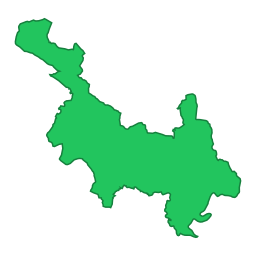 Pho Yen, Thái Nguyên, Vietnam
{"feature_id": "81297802B3855346019179", "entity_name": "Pho Yen", "entity_type": "district", "adm_level": 2, "iso_a3": "VNM", "parent_name": "Vietnam", "parent_adm1": "Thái Nguyên", "projection": "mercator", "projection_center": [105.815, 21.451], "detail": "fine", "context": "isolated", "style": "filled", "palette": "green", "viewbox_px": 256, "rotation_deg": 0, "n_neighbors": 0, "source": "geoboundaries", "source_scale": "gbopen_adm2", "svg_char_len": 5821}
<svg xmlns="http://www.w3.org/2000/svg" viewBox="0 0 256 256"><path d="M60.7,160.6L65.8,164.4L67.2,164.6L68.2,164.3L70.3,163.4L74.2,159.8L77.9,158.6L79.9,158.4L82.5,158.8L83.0,159.8L87.2,163.1L87.8,164.9L91.2,169.0L92.5,171.2L93.3,171.9L94.2,174.3L94.1,175.7L95.0,178.5L95.6,181.7L95.4,182.2L93.4,183.7L92.5,185.6L92.4,187.0L91.9,188.5L90.8,190.1L90.5,191.2L93.4,192.7L98.0,194.4L99.0,197.8L101.3,197.9L101.3,198.9L102.9,200.5L102.9,201.2L102.3,202.4L103.1,204.6L103.2,206.3L105.6,207.1L109.5,207.1L110.7,207.6L112.2,204.1L112.6,199.2L113.1,198.4L112.8,197.6L113.6,197.0L114.1,196.2L115.1,195.7L113.6,194.7L113.2,194.3L113.4,194.0L114.8,192.9L115.4,191.6L116.5,191.2L117.2,190.5L118.7,190.4L119.3,188.9L120.4,188.9L120.7,188.1L120.5,187.7L122.1,188.5L122.7,187.7L122.6,187.2L123.0,186.5L124.1,185.2L124.9,185.8L126.1,185.9L126.1,186.6L127.1,187.5L129.1,187.3L131.4,188.2L132.6,188.3L133.4,188.9L134.0,188.8L134.2,187.3L135.1,187.0L135.9,187.2L138.2,189.3L140.2,190.4L140.5,191.5L141.7,191.2L143.7,192.5L145.7,193.1L146.5,193.1L147.1,193.8L147.6,193.5L147.9,193.9L147.7,194.4L148.7,194.7L148.7,195.5L149.0,195.8L151.9,195.1L152.7,194.3L153.1,193.0L154.9,192.1L158.6,192.5L161.1,191.9L162.3,194.2L163.0,194.7L168.0,192.8L168.7,192.9L170.2,194.0L170.5,194.6L169.7,197.6L170.3,199.5L170.2,200.3L169.7,200.8L168.9,201.0L167.8,200.5L167.1,200.8L166.9,201.3L166.8,202.9L165.7,205.3L166.0,207.9L164.9,209.2L164.8,211.0L166.4,212.2L167.3,213.7L167.1,214.2L165.6,215.2L165.5,216.6L166.1,217.4L168.4,218.1L170.8,219.7L170.8,220.4L170.0,220.3L168.6,219.7L168.1,221.0L168.2,222.4L169.3,223.7L169.7,225.1L170.3,226.0L171.4,226.4L173.5,226.0L173.9,226.3L174.2,227.9L176.3,230.4L176.5,233.2L177.1,234.6L177.6,235.3L178.5,235.6L179.3,235.2L180.1,233.8L180.5,233.4L182.7,234.6L184.9,235.2L190.5,235.3L193.6,236.7L195.7,237.3L197.0,237.1L197.5,236.7L197.7,236.4L196.2,235.9L194.1,234.4L191.8,230.4L189.3,228.6L188.5,227.7L188.2,226.8L188.3,225.9L191.0,223.1L193.0,219.5L193.5,219.0L194.6,219.0L197.5,221.1L199.0,221.7L200.2,222.0L202.1,221.9L206.8,220.2L208.8,218.4L210.7,216.0L211.1,215.1L211.1,214.4L210.3,213.7L209.0,213.5L207.0,213.9L203.2,216.2L201.9,216.1L200.7,215.4L200.1,214.9L200.0,214.2L200.4,213.2L201.0,212.5L203.1,211.4L204.5,210.2L208.0,203.6L208.1,202.3L210.2,196.6L211.5,194.3L212.6,193.2L213.6,192.8L214.5,193.1L216.7,195.8L217.6,196.4L218.8,195.9L220.5,194.6L222.3,194.3L224.8,195.4L228.3,195.6L231.1,196.2L232.3,197.0L234.6,197.4L235.4,197.1L236.7,196.0L237.8,194.0L239.1,192.6L239.4,191.7L239.3,187.5L240.6,180.9L240.1,178.7L236.9,176.1L236.4,174.8L236.4,173.4L235.2,172.5L234.6,171.6L234.0,171.3L232.9,171.7L232.1,171.5L229.9,167.8L228.6,164.8L228.0,162.3L225.7,161.3L223.9,161.2L222.2,159.8L221.1,159.8L220.1,159.3L219.2,159.4L218.3,160.4L217.4,159.7L215.8,156.0L216.6,154.9L216.5,153.0L216.0,151.1L215.3,150.5L213.8,150.2L212.9,149.6L212.0,148.0L212.0,146.4L213.4,144.0L212.6,141.9L212.1,139.2L211.5,138.5L211.3,136.9L211.2,135.6L212.0,132.9L211.8,129.5L211.1,127.8L210.1,126.5L209.8,124.2L208.4,123.5L207.6,121.5L206.0,120.6L199.8,119.6L196.3,119.5L195.7,119.0L196.8,108.0L197.2,106.4L197.0,104.7L196.0,102.4L195.9,99.1L195.3,96.1L194.8,95.3L192.8,94.0L191.9,94.0L188.0,94.7L186.0,95.6L186.1,99.3L184.1,100.4L183.7,100.5L182.9,100.3L182.2,100.7L181.6,101.7L181.6,103.0L179.5,105.3L178.3,107.9L177.4,108.4L178.0,109.0L180.3,108.0L180.2,109.9L181.0,115.5L182.0,116.8L182.5,118.3L183.3,119.3L183.4,120.2L182.9,122.5L183.2,123.5L184.2,124.5L182.6,125.9L179.6,127.9L178.2,128.2L176.2,127.9L175.1,128.0L174.8,128.6L175.0,130.0L173.3,129.4L172.7,130.9L174.3,132.2L174.2,137.0L174.0,138.1L173.7,138.3L173.1,138.1L172.9,137.2L171.9,136.0L165.6,135.8L162.4,134.5L155.4,132.4L152.7,133.3L147.5,132.9L147.0,131.7L146.8,130.2L145.9,129.4L145.5,128.5L145.5,126.0L145.0,124.9L143.0,124.6L141.9,122.8L141.4,122.6L138.5,123.1L132.5,126.3L130.5,126.7L129.6,127.3L128.3,128.9L127.4,129.2L125.9,128.9L125.1,128.5L123.5,126.5L122.3,125.9L120.4,125.5L119.4,119.4L119.8,118.3L119.9,116.2L120.8,113.2L119.1,112.5L117.8,110.9L116.9,110.9L116.0,110.2L114.3,109.9L112.8,107.9L110.5,106.1L107.8,105.0L105.5,105.1L104.3,104.3L103.6,103.0L99.7,101.6L97.2,98.9L95.8,98.2L94.8,96.6L92.6,95.7L91.5,94.7L88.9,93.1L88.6,92.4L88.5,88.1L89.1,86.8L89.4,84.4L87.4,83.2L86.0,80.9L84.4,80.0L84.2,80.2L82.6,79.6L81.1,77.7L79.4,77.7L77.6,75.3L80.3,74.1L82.5,71.0L82.2,69.4L79.6,65.9L82.9,60.5L83.3,57.9L82.5,56.7L82.3,55.7L83.2,54.5L84.7,53.5L82.9,50.6L80.8,48.9L76.1,43.4L75.1,43.6L74.5,44.2L73.8,46.4L73.5,49.3L73.2,49.7L72.2,49.2L68.4,49.9L64.8,48.8L58.8,47.9L57.1,46.6L55.0,43.6L53.0,43.1L51.3,43.5L50.4,42.3L49.8,42.6L49.2,42.5L48.9,42.1L49.0,41.4L48.5,40.2L47.3,37.6L47.0,35.6L47.2,34.1L48.1,32.8L49.2,29.1L51.7,22.8L45.7,19.3L44.4,18.7L42.8,19.6L38.7,20.8L35.6,21.0L33.5,20.1L28.9,22.0L27.7,21.4L26.3,21.6L20.3,23.9L18.9,26.1L18.7,27.1L19.3,30.9L17.6,32.6L16.3,36.6L15.4,41.5L15.5,43.4L16.0,44.3L16.8,45.1L19.9,47.0L24.5,51.3L26.8,51.5L30.4,52.8L32.6,53.2L34.7,54.9L38.5,56.9L40.6,58.6L42.9,59.7L47.4,63.7L49.1,64.6L52.6,65.5L53.7,67.0L56.9,70.1L59.6,71.2L57.8,71.8L55.1,73.9L53.8,73.8L52.3,74.8L49.9,74.6L50.6,75.9L53.1,76.9L58.8,80.7L66.2,87.2L68.4,87.6L68.8,87.9L69.0,88.9L69.5,88.6L69.9,88.7L71.2,91.3L71.2,91.7L70.4,92.0L70.0,92.9L70.7,93.6L72.0,93.2L72.7,93.5L72.7,94.8L72.3,95.8L72.2,97.8L71.0,100.4L66.4,100.9L64.8,101.8L64.0,102.9L64.8,104.9L64.5,106.3L64.0,106.4L60.8,105.9L60.1,107.2L58.7,108.3L59.0,109.4L60.0,109.3L60.6,109.6L60.9,110.1L60.9,111.8L60.2,113.0L58.4,114.1L57.3,113.5L56.8,114.1L55.5,116.7L56.3,117.5L56.5,118.1L55.6,118.8L54.5,123.2L53.0,124.5L52.8,126.5L49.3,131.5L47.6,133.0L46.7,135.0L46.9,135.9L48.6,138.7L48.4,139.1L48.9,141.2L49.4,141.6L50.7,141.9L52.3,143.2L53.0,146.2L54.5,146.5L59.2,144.3L62.2,143.8L62.8,148.4L61.5,155.0L59.5,158.7L59.5,159.2L60.7,160.6Z" fill="#22c55e" stroke="#15803d" stroke-width="1.5"/></svg>